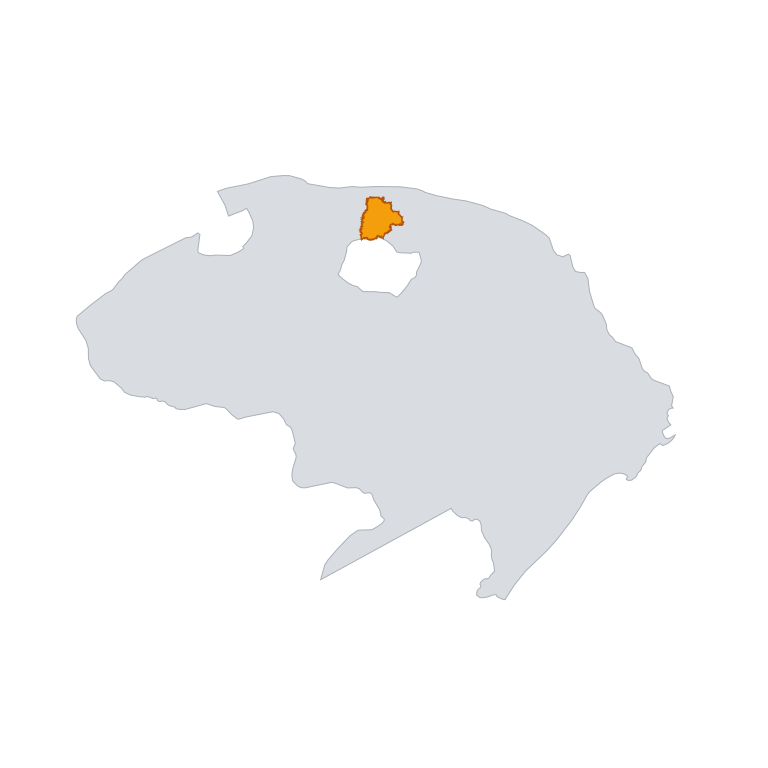 Sisonke, KwaZulu-Natal, South Africa (highlighted), rotated 243°
{"feature_id": "47623444B12889843225205", "entity_name": "Sisonke", "entity_type": "district", "adm_level": 2, "iso_a3": "ZAF", "parent_name": "South Africa", "parent_adm1": "KwaZulu-Natal", "projection": "equal_earth", "projection_center": [29.721, -30.084], "detail": "fine", "context": "in_parent", "style": "filled", "palette": "amber", "viewbox_px": 768, "rotation_deg": 243, "n_neighbors": 0, "source": "geoboundaries", "source_scale": "gbopen_adm2", "svg_char_len": 9438}
<svg xmlns="http://www.w3.org/2000/svg" viewBox="0 0 768 768"><g transform="rotate(243 384 384)"><path d="M517.3,133.5L533.7,130.7L541.0,132.3L549.9,136.7L558.2,138.2L572.2,136.7L577.1,137.4L580.9,138.9L583.6,141.3L587.6,158.7L591.0,177.4L590.9,183.4L591.4,185.7L595.3,193.6L596.8,198.5L599.0,202.5L604.0,222.4L604.6,225.8L604.3,273.6L602.3,279.4L603.1,286.8L600.7,287.8L586.9,278.3L584.5,278.6L580.6,282.2L577.0,287.8L575.3,292.5L568.3,305.3L567.7,313.5L568.3,320.4L570.6,320.7L572.3,325.7L576.0,333.6L582.4,338.7L588.3,341.0L596.5,341.6L603.0,341.4L602.7,336.1L604.2,321.7L615.1,323.5L631.2,323.0L630.0,332.3L624.0,353.6L620.1,377.5L615.2,389.4L612.5,394.4L604.6,403.1L600.6,406.0L597.1,407.0L583.8,424.7L578.8,433.2L574.3,445.5L570.0,452.3L563.5,466.7L552.3,488.0L542.9,501.9L538.7,505.9L535.9,507.8L528.4,515.8L517.9,528.8L509.9,540.2L498.0,553.2L491.1,558.8L480.7,570.0L477.8,571.6L466.2,581.9L457.9,588.2L444.3,595.5L439.0,597.5L426.0,595.6L420.7,596.6L416.2,601.0L415.9,607.3L414.1,608.2L402.2,605.3L397.3,605.8L394.5,609.2L392.3,613.4L385.5,613.6L373.4,609.2L359.1,606.6L355.8,606.3L349.0,609.5L346.6,610.0L336.6,609.3L331.0,607.2L325.6,607.2L321.6,608.9L316.7,609.5L303.7,621.3L296.8,621.3L290.9,622.7L280.3,621.1L277.2,621.8L274.2,623.9L267.0,624.8L264.3,626.6L252.6,637.3L247.6,636.2L241.4,636.0L234.0,630.3L231.3,630.7L232.0,629.0L232.1,625.9L229.4,622.8L226.6,623.0L225.0,620.4L220.8,620.2L217.3,621.0L216.2,611.0L214.5,610.1L210.2,609.8L208.1,610.2L207.2,611.1L206.1,613.4L206.4,620.3L204.8,618.3L203.0,614.2L202.2,609.7L202.6,604.5L205.7,602.5L204.5,595.8L199.0,584.3L195.8,581.9L193.1,576.0L190.6,573.8L189.4,569.7L186.9,566.4L185.9,561.1L187.0,558.1L189.0,556.5L191.2,559.1L193.8,558.0L197.4,554.2L199.3,548.5L199.0,539.2L198.2,533.4L194.7,518.5L193.1,515.0L186.0,504.3L177.6,489.9L166.8,467.2L161.5,453.4L153.2,425.7L146.2,409.9L137.8,395.2L136.8,394.2L137.9,392.4L141.9,389.0L143.8,388.1L144.8,388.5L145.8,387.6L146.6,385.3L147.1,380.1L148.8,374.6L150.5,372.2L154.1,370.7L157.0,372.7L158.3,374.8L158.8,377.4L160.1,378.7L162.1,378.6L163.6,380.3L164.5,383.6L164.5,386.1L163.4,387.6L163.6,389.6L165.2,392.0L167.0,397.5L174.6,400.3L178.9,400.6L183.0,402.0L186.9,404.4L193.1,405.0L201.8,403.8L209.0,404.3L214.7,406.7L218.7,407.1L221.2,405.6L222.2,403.5L221.8,400.7L223.0,398.9L225.8,398.1L228.0,396.0L229.6,392.5L233.5,389.7L239.6,387.5L242.7,387.6L238.4,238.7L249.7,249.1L252.5,253.9L258.3,267.9L264.3,285.1L265.4,293.5L265.2,295.3L259.8,306.6L259.8,312.1L260.6,318.7L262.0,321.9L263.7,323.0L267.6,321.4L273.7,323.1L285.3,322.3L291.1,323.2L292.6,322.7L293.9,321.3L295.3,317.4L296.6,316.1L302.0,314.4L304.3,312.1L308.0,304.3L319.3,294.0L320.5,291.5L327.3,266.5L329.4,262.9L332.6,260.6L338.9,258.7L342.7,259.7L346.8,261.9L351.4,265.5L358.3,272.3L360.6,273.4L367.4,273.6L371.6,278.1L384.4,281.1L388.0,281.0L392.0,278.6L398.5,278.7L405.4,277.0L409.7,272.6L417.5,245.2L418.4,239.2L419.3,237.5L425.9,234.4L434.0,232.1L435.7,230.8L440.7,223.2L447.2,216.8L451.7,194.8L454.7,189.6L456.6,187.4L457.8,187.4L459.5,186.0L461.7,183.3L464.3,181.7L467.3,181.0L469.3,179.2L470.2,176.3L471.7,174.8L474.0,174.9L475.2,174.0L475.5,172.0L480.5,167.3L480.6,165.4L483.5,160.7L489.0,153.3L494.3,149.1L499.2,148.3L508.4,144.5L511.6,141.0L513.7,136.2L517.3,133.5ZM503.0,454.6L511.0,451.0L516.8,446.2L518.1,437.6L522.7,432.2L524.3,427.2L525.6,420.3L522.9,413.1L519.2,411.0L512.4,404.8L509.5,400.6L505.4,397.0L502.5,392.8L497.9,394.2L490.8,397.6L486.3,400.7L482.6,404.5L475.9,407.2L469.7,419.0L467.7,421.7L462.9,430.3L455.8,434.5L455.6,436.1L458.1,443.1L461.4,450.1L464.9,455.8L464.7,459.3L465.9,462.0L469.0,463.9L474.3,471.0L476.9,473.3L484.8,475.0L485.9,474.5L488.0,470.3L488.3,467.4L493.5,458.2L495.8,455.3L503.0,454.6Z" fill="#d9dde1" stroke="#a8b0b8" stroke-width="1"/><path d="M531.0,475.5L531.4,474.0L533.1,471.8L533.3,471.3L533.2,470.4L533.4,470.3L533.9,470.1L534.7,470.1L534.9,470.2L535.1,470.0L535.5,469.8L535.7,470.0L536.0,470.1L536.7,469.8L537.3,469.8L537.4,470.1L537.7,470.1L538.2,470.7L538.4,470.6L538.8,471.0L539.4,471.1L539.5,471.7L539.9,471.6L540.6,471.8L541.4,471.3L542.2,472.7L542.4,472.8L542.4,472.6L542.4,472.0L542.7,471.7L542.8,471.4L543.1,471.5L543.6,471.0L543.6,470.8L543.4,470.5L543.8,470.2L543.7,469.9L543.8,469.8L543.8,469.1L544.0,468.7L544.4,468.2L545.5,468.0L545.3,467.8L545.3,467.5L544.9,467.0L545.0,466.7L545.3,466.6L545.3,466.8L545.5,467.0L546.0,467.2L546.2,466.6L546.8,466.0L547.1,466.3L547.3,466.4L547.3,465.9L547.2,465.5L548.9,465.5L549.1,465.8L549.1,466.0L549.1,466.3L549.3,466.8L549.1,466.8L549.3,467.0L549.2,467.2L548.9,467.3L549.1,467.7L549.4,467.6L549.5,467.8L549.4,467.9L549.5,467.9L549.8,468.2L550.4,468.2L550.4,468.4L550.6,468.3L550.9,468.1L550.8,467.7L550.6,467.7L550.6,467.3L550.4,467.2L550.5,467.1L550.3,466.7L550.5,466.6L550.4,466.3L550.4,465.9L550.6,465.9L550.6,465.7L550.8,465.2L550.6,464.9L550.5,465.0L550.4,464.8L551.1,464.2L551.2,464.3L551.4,463.9L552.2,464.4L552.5,464.4L552.8,463.5L554.0,461.5L554.7,459.3L555.1,459.4L555.0,458.3L555.3,457.5L555.5,457.5L555.8,457.9L556.2,457.4L556.1,457.0L556.6,456.9L556.6,456.6L556.7,456.8L556.9,456.5L556.9,456.3L556.5,456.0L556.2,455.2L557.1,452.8L556.9,452.7L556.8,453.1L556.6,453.2L556.5,452.6L556.4,452.5L556.4,453.3L555.9,453.1L555.6,453.5L555.3,453.2L554.9,453.1L554.9,452.9L555.2,452.9L555.2,452.6L554.8,452.3L554.5,452.3L554.7,451.9L554.4,451.9L554.4,451.4L554.3,451.0L554.1,450.9L554.2,451.3L553.9,451.4L553.7,450.8L553.6,450.7L553.4,450.9L553.4,451.2L553.2,451.3L553.2,450.9L553.0,450.7L553.1,450.2L552.8,450.0L552.4,450.2L552.2,449.6L551.9,449.8L552.0,450.1L551.9,450.3L551.6,449.9L551.3,450.0L551.0,449.8L550.8,450.0L550.4,449.9L550.1,450.2L549.6,450.0L549.4,449.6L548.7,449.4L548.6,449.0L548.3,448.8L547.8,448.7L547.5,448.8L547.0,448.5L546.8,448.3L547.2,448.1L547.2,447.9L547.3,447.4L546.9,447.3L546.9,447.1L546.6,447.5L546.4,447.4L546.4,447.2L546.5,446.9L546.3,446.5L546.4,446.2L546.7,446.1L546.8,445.9L546.4,445.6L546.1,445.8L545.9,445.6L545.8,445.3L545.6,445.4L545.6,445.1L545.8,444.9L545.7,444.4L545.8,444.1L545.8,443.9L545.7,443.9L545.6,444.1L545.4,444.3L544.9,444.2L544.9,443.4L545.2,442.9L545.1,442.7L544.1,441.7L544.0,442.0L543.9,442.0L543.6,441.7L543.5,442.2L543.3,442.0L543.2,442.1L542.8,442.0L542.8,441.9L542.6,441.9L542.4,441.3L542.5,440.8L542.5,440.7L542.0,441.6L541.6,441.7L541.3,441.4L541.0,441.4L540.9,441.2L540.9,440.9L541.1,440.7L541.1,440.4L541.3,440.5L541.3,440.3L541.3,440.2L541.2,440.1L540.9,439.8L541.1,439.6L541.1,439.1L540.6,439.6L540.3,438.9L540.1,438.9L540.1,439.3L540.0,439.1L539.7,438.9L539.5,439.0L538.9,439.0L539.0,438.6L539.0,438.3L538.5,437.9L538.6,437.6L538.1,437.8L537.7,437.7L537.4,438.1L537.4,437.6L537.0,437.3L537.2,437.0L537.1,436.8L536.8,436.7L536.7,436.5L535.6,436.6L534.4,436.5L534.9,435.6L534.9,435.0L532.9,434.8L533.3,433.9L533.2,433.8L532.9,433.7L532.8,433.9L532.7,433.9L532.8,433.8L532.7,433.8L532.6,434.0L532.3,434.0L532.6,433.4L531.9,432.8L532.0,432.5L531.1,432.9L531.0,432.6L530.7,432.5L530.5,432.0L530.2,432.4L529.9,432.1L529.7,432.1L529.3,432.2L529.6,432.4L529.6,432.6L529.4,432.6L528.6,433.0L528.1,432.6L528.2,432.4L527.3,431.9L527.5,431.3L527.0,431.4L526.8,431.0L526.9,430.8L526.5,430.9L526.0,430.7L525.8,430.5L525.4,430.6L524.9,430.2L523.2,429.4L522.8,429.5L523.1,429.9L523.0,430.2L522.8,430.3L522.6,430.2L523.2,431.0L523.2,431.4L523.1,431.5L523.3,431.9L523.6,432.3L523.3,432.9L522.4,432.9L522.7,433.9L522.6,434.2L522.3,434.4L522.5,434.6L522.3,435.2L522.2,435.3L521.8,435.1L521.1,435.2L520.9,435.1L520.8,435.4L520.4,435.4L520.1,435.9L519.9,435.9L519.6,436.3L519.4,436.2L519.2,436.6L518.8,436.6L518.7,436.8L518.8,437.1L518.6,437.6L518.7,437.8L518.4,437.9L518.2,438.2L518.4,438.9L518.3,439.1L518.0,439.1L518.1,439.5L518.1,439.9L517.9,440.0L517.6,440.2L517.8,440.4L517.6,441.8L517.9,442.1L517.8,442.3L517.8,442.5L517.8,442.8L517.4,442.8L517.3,443.2L517.0,443.3L516.9,443.4L517.3,443.7L518.0,443.9L518.3,444.2L518.1,444.6L518.4,444.8L518.8,444.8L518.8,445.2L518.6,445.7L518.9,446.0L519.0,446.1L518.6,446.5L517.7,446.7L517.3,447.0L517.2,447.0L517.0,447.8L517.0,448.2L516.4,447.6L515.9,448.4L515.4,448.8L514.9,448.9L514.8,449.4L514.6,449.4L514.4,449.5L515.3,450.0L516.0,451.2L516.6,451.7L517.1,452.6L517.3,453.3L517.4,453.5L517.5,453.4L517.5,453.7L517.4,453.5L517.4,453.9L517.5,453.9L517.4,454.0L517.5,454.3L517.4,454.4L517.4,454.8L517.5,455.0L517.4,455.1L517.6,455.2L517.5,455.5L517.2,455.6L517.5,455.8L517.3,455.9L517.3,456.2L517.1,456.3L517.1,456.5L517.3,457.0L517.6,457.1L517.2,457.3L517.3,457.8L517.5,457.7L517.6,457.8L517.9,458.0L517.6,458.1L517.6,458.3L517.8,458.5L517.7,459.0L517.8,459.0L517.8,459.3L518.0,459.9L518.5,459.7L518.5,460.0L518.6,459.9L518.8,460.0L518.6,460.1L518.7,460.4L518.8,460.4L518.6,460.5L519.1,460.6L519.6,461.0L520.7,461.3L520.9,461.7L521.5,461.6L520.9,460.2L521.0,460.1L521.8,460.5L523.0,462.2L522.9,462.8L522.7,463.2L522.9,463.5L523.0,464.6L522.2,464.4L522.4,465.2L521.1,465.6L520.7,465.8L520.7,466.4L520.5,466.2L519.8,466.7L519.9,467.8L519.3,470.0L518.5,469.8L518.1,470.7L518.3,470.6L518.4,471.0L518.5,471.2L518.5,471.5L518.8,471.2L518.7,471.2L518.8,471.0L518.8,470.9L519.1,471.4L518.8,471.7L518.5,471.7L517.4,472.5L517.7,472.8L518.3,473.1L518.0,473.5L519.0,473.8L519.1,474.3L519.5,474.0L519.3,474.5L519.4,474.9L519.9,474.7L519.8,474.3L520.1,474.1L521.8,474.2L522.2,474.8L523.0,474.9L523.6,475.1L524.3,476.2L525.1,475.3L525.5,475.3L525.9,474.9L527.2,474.9L527.9,474.3L529.2,474.0L529.6,474.9L531.0,475.5Z" fill="#f59e0b" stroke="#b45309" stroke-width="1.5"/></g></svg>